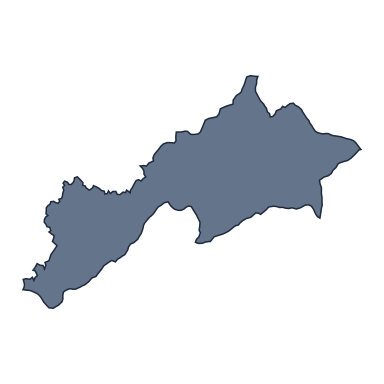 Maracaí, São Paulo, Brazil
{"feature_id": "56859067B30371822496269", "entity_name": "Maracaí", "entity_type": "district", "adm_level": 2, "iso_a3": "BRA", "parent_name": "Brazil", "parent_adm1": "São Paulo", "projection": "mercator", "projection_center": [-50.769, -22.657], "detail": "fine", "context": "isolated", "style": "filled", "palette": "slate", "viewbox_px": 384, "rotation_deg": 0, "n_neighbors": 0, "source": "geoboundaries", "source_scale": "gbopen_adm2", "svg_char_len": 4059}
<svg xmlns="http://www.w3.org/2000/svg" viewBox="0 0 384 384"><path d="M361.0,149.5L358.7,146.7L355.7,142.6L353.4,140.6L350.3,139.4L346.4,138.6L341.4,136.9L336.9,136.1L332.4,135.5L328.2,133.6L326.0,133.5L322.5,133.9L317.7,132.7L315.3,131.3L313.0,127.9L311.6,125.4L309.9,123.2L308.8,120.5L306.7,118.2L304.2,114.3L302.7,112.0L301.6,109.7L298.4,106.8L295.2,105.2L293.4,103.2L290.1,103.6L287.1,105.7L285.2,107.5L282.6,106.3L280.7,109.0L276.4,110.7L275.1,113.9L272.8,116.5L270.2,116.9L269.6,113.7L267.5,112.0L266.3,108.0L264.9,106.4L263.6,104.0L260.5,100.8L257.4,95.0L255.6,91.6L255.4,89.2L255.5,86.9L256.6,83.6L256.7,80.0L257.9,76.4L255.0,76.3L250.4,75.7L246.7,77.0L245.3,81.3L244.2,84.7L242.1,89.1L241.1,92.2L239.4,93.6L236.4,95.5L233.2,100.1L233.0,104.1L228.0,105.6L224.3,107.0L220.4,108.8L219.0,113.9L216.7,116.8L208.6,118.5L205.2,120.3L202.3,127.6L200.4,131.9L198.3,133.9L194.0,134.5L190.7,134.3L187.3,131.3L184.8,131.2L181.3,132.0L176.3,132.0L175.8,136.6L176.0,140.8L174.3,143.0L169.5,142.6L167.3,142.6L163.6,143.8L161.0,146.1L158.6,149.3L155.5,153.0L154.2,154.7L152.9,158.0L153.5,160.9L151.3,162.0L148.8,163.1L146.5,166.0L143.6,165.6L140.2,166.0L142.3,168.1L143.9,170.9L144.0,174.2L145.7,176.8L142.9,178.9L141.0,181.0L138.7,179.7L136.2,180.5L134.3,183.7L132.0,188.2L130.4,190.5L130.2,192.8L128.5,191.5L126.6,190.1L125.5,192.6L123.0,192.1L119.9,194.7L117.2,194.3L115.8,191.4L112.8,191.5L110.4,193.6L108.5,190.9L107.2,193.6L105.0,194.1L104.2,191.1L101.4,190.5L99.5,188.6L96.8,187.1L93.5,185.6L92.6,187.9L89.3,190.2L86.2,187.9L85.1,185.9L82.8,185.3L82.9,182.6L80.9,180.4L78.9,178.4L77.3,176.8L74.5,177.8L74.2,180.2L73.3,182.3L71.2,184.5L68.7,184.4L67.6,182.2L64.6,181.1L63.1,183.2L64.6,185.4L62.7,187.3L63.8,190.1L62.9,192.8L62.4,196.1L61.5,198.5L58.8,199.3L59.8,201.3L58.0,203.3L55.7,202.6L53.7,201.3L50.7,201.8L50.2,204.1L48.0,205.6L46.3,207.7L46.3,210.1L46.0,213.8L47.9,215.6L45.7,217.0L44.5,219.3L44.2,222.1L46.1,224.5L46.9,226.6L49.8,227.5L50.8,230.6L49.0,232.0L51.6,234.0L54.2,235.7L53.5,238.7L52.4,241.4L54.7,243.4L57.0,245.7L53.9,250.4L51.0,254.5L48.9,260.8L45.0,262.4L45.8,265.2L44.5,269.0L43.0,265.5L40.0,265.2L37.1,263.6L35.0,267.6L33.0,270.2L35.1,270.8L37.4,275.6L35.1,277.5L33.9,280.5L32.4,277.3L29.8,279.3L26.1,278.7L23.2,279.4L24.5,284.2L24.1,287.2L23.0,289.7L26.5,290.2L29.4,290.4L32.0,291.2L36.8,293.4L38.6,294.7L40.6,296.9L43.9,302.3L48.8,307.7L53.1,308.3L58.7,305.0L62.1,301.7L62.9,298.8L62.8,295.7L63.4,292.0L66.3,290.1L69.8,288.7L73.0,289.2L75.5,289.2L77.8,288.1L80.0,287.2L82.3,285.8L84.4,285.0L88.3,282.1L92.0,277.9L95.9,276.5L97.6,274.1L99.6,271.7L101.9,268.7L103.9,265.7L108.3,262.6L111.7,260.4L115.4,261.9L117.5,259.3L120.0,257.8L122.2,256.2L124.8,254.7L126.6,251.8L127.7,249.9L128.6,246.8L130.6,244.0L133.8,242.7L137.7,239.3L139.2,236.5L141.1,233.7L142.2,230.7L143.0,228.1L143.6,225.2L144.7,223.0L146.9,220.3L149.5,217.2L151.3,215.8L153.2,214.0L155.0,211.5L157.9,207.2L160.9,205.4L164.4,202.7L168.1,201.8L169.4,204.0L171.2,206.4L173.6,208.6L175.8,209.7L179.1,210.4L181.5,210.2L184.0,209.0L186.3,207.1L188.7,206.0L191.4,206.7L193.1,209.6L196.4,214.9L198.1,218.3L200.0,222.3L199.7,226.6L199.1,230.3L200.4,232.7L198.7,237.1L196.5,239.3L195.4,242.3L198.3,243.4L202.2,243.3L205.5,242.0L210.4,241.4L211.8,239.7L214.1,236.8L216.8,235.9L222.9,234.0L225.5,232.8L228.5,231.2L231.2,229.1L234.1,226.7L235.9,225.6L238.4,225.0L239.9,223.1L242.5,220.8L246.4,218.5L250.8,217.3L255.8,212.9L258.8,213.3L260.6,214.4L266.1,209.9L268.7,207.0L273.6,206.2L276.9,206.6L279.8,207.5L282.3,207.3L285.8,208.2L288.9,208.5L292.0,207.8L296.4,209.0L300.5,207.8L303.7,205.9L306.0,205.0L308.7,204.9L311.4,206.2L313.6,209.3L314.7,211.9L315.8,214.2L317.5,216.7L319.9,218.1L320.4,215.2L320.9,212.0L321.5,207.7L322.2,205.2L322.0,202.3L322.0,197.5L321.4,193.8L321.4,191.2L321.4,187.6L319.9,183.2L319.5,180.1L321.5,178.9L323.9,177.1L326.5,176.3L328.6,175.6L331.4,173.4L332.8,170.5L336.0,167.5L338.2,163.7L340.0,162.8L344.2,161.4L347.6,160.5L351.0,158.2L353.5,155.8L355.0,154.3L357.2,152.0L358.8,150.0L361.0,149.5Z" fill="#64748b" stroke="#1e293b" stroke-width="1.5"/></svg>